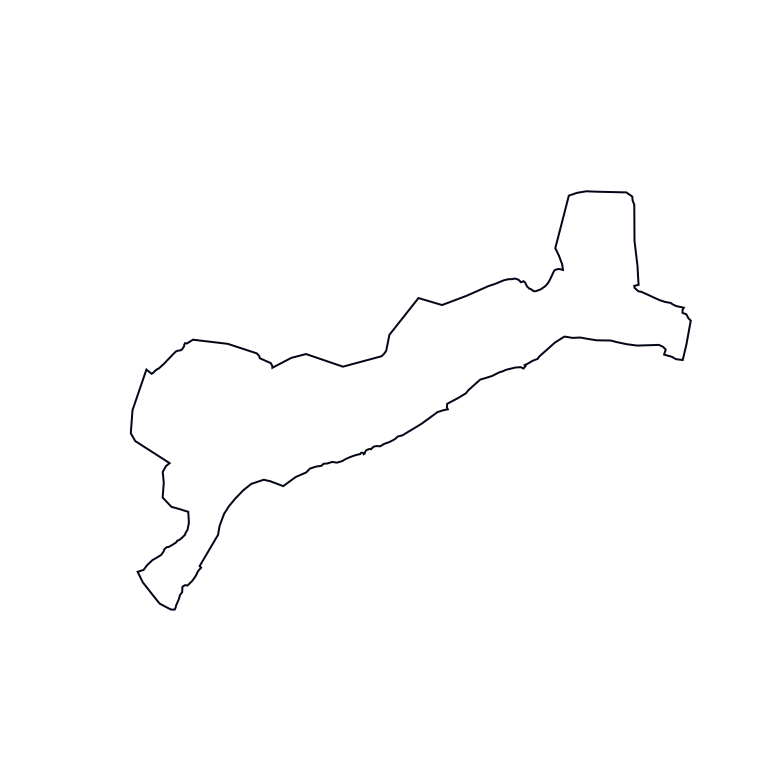 Yauri, Kebbi, Nigeria (Robinson projection), rotated 237°
{"feature_id": "59680162B47779539071975", "entity_name": "Yauri", "entity_type": "district", "adm_level": 2, "iso_a3": "NGA", "parent_name": "Nigeria", "parent_adm1": "Kebbi", "projection": "robinson", "projection_center": [4.721, 10.768], "detail": "fine", "context": "isolated", "style": "outline", "palette": "ink", "viewbox_px": 768, "rotation_deg": 237, "n_neighbors": 0, "source": "geoboundaries", "source_scale": "gbopen_adm2", "svg_char_len": 3319}
<svg xmlns="http://www.w3.org/2000/svg" viewBox="0 0 768 768"><g transform="rotate(237 384 384)"><path d="M329.5,130.6L331.7,130.2L347.9,162.7L354.5,168.8L362.1,179.0L365.9,187.2L368.9,196.8L371.5,208.1L372.5,218.3L369.2,231.0L368.7,231.5L364.2,235.8L353.2,243.9L353.3,245.0L354.1,259.5L352.2,270.6L353.4,275.8L351.7,282.2L349.5,286.9L350.0,289.8L349.1,291.6L348.1,293.5L346.9,298.0L346.3,298.7L343.6,301.8L343.3,303.0L342.1,307.0L341.9,311.3L341.0,316.5L339.7,321.9L338.2,325.8L338.5,326.4L338.7,327.3L338.6,327.7L338.3,328.3L337.8,328.8L337.3,328.9L336.2,328.7L336.2,329.9L336.8,330.5L337.5,331.6L338.1,333.3L337.8,335.0L337.4,336.4L336.4,337.6L336.5,337.7L337.1,341.1L336.2,343.6L335.7,344.3L333.8,347.0L333.8,347.6L333.7,351.4L332.4,356.8L331.9,361.4L331.9,364.1L332.5,366.8L330.9,371.5L330.6,381.7L330.2,393.8L331.3,413.6L329.5,420.1L328.0,423.7L330.1,424.0L333.0,426.2L331.9,438.1L331.6,447.6L332.8,451.3L333.8,457.4L335.3,467.0L333.9,471.8L331.9,478.8L330.9,487.6L330.0,490.3L329.6,493.4L328.9,495.7L326.3,503.0L325.7,504.2L323.6,507.9L321.0,509.4L321.4,510.5L322.0,512.6L323.2,512.3L322.8,515.3L322.5,521.5L321.4,526.6L322.5,529.1L325.7,550.2L325.6,555.4L325.5,560.6L325.4,561.2L324.6,562.2L320.0,567.2L316.1,573.9L310.9,579.4L304.8,586.2L297.0,597.8L292.5,601.9L285.3,609.1L278.3,617.3L272.9,626.2L267.1,635.8L263.2,638.3L259.4,639.0L256.1,634.9L250.1,640.2L245.8,642.4L241.4,647.6L252.7,659.4L270.1,675.8L273.3,675.1L277.8,675.5L281.1,673.1L283.4,674.6L284.7,677.0L290.2,671.5L293.9,669.3L295.7,668.7L300.0,664.2L304.3,660.8L310.0,657.1L315.5,653.7L321.2,650.0L323.2,647.8L328.2,646.5L330.0,647.3L328.5,651.5L341.0,658.6L344.2,660.5L367.7,672.1L398.0,691.5L402.6,692.5L406.0,694.3L412.7,691.6L429.1,667.6L435.4,658.7L439.2,650.0L441.3,641.6L426.3,625.3L404.6,601.6L396.4,600.6L387.3,598.6L382.2,596.2L383.7,594.9L385.5,592.9L386.2,590.8L386.5,588.9L385.4,586.8L384.2,585.0L382.8,582.7L381.3,580.3L379.9,577.7L379.0,575.6L378.2,572.2L378.0,567.0L378.7,564.0L379.1,562.0L380.3,560.1L383.7,558.8L384.9,557.8L388.0,557.1L392.4,557.6L394.2,557.0L394.5,555.3L395.0,554.1L397.3,553.9L399.3,552.8L401.3,551.0L402.2,548.4L403.1,547.1L404.3,545.0L405.7,540.9L406.4,537.6L407.0,533.9L407.8,530.2L409.2,525.1L410.0,520.1L413.0,501.3L418.6,475.7L437.3,459.7L422.3,415.3L410.7,404.0L409.4,400.8L408.6,397.1L420.9,359.0L451.5,335.0L451.6,334.9L456.4,320.5L458.4,299.2L460.1,300.2L463.2,300.4L473.2,293.9L475.6,294.6L479.1,293.9L502.8,274.8L525.2,247.9L525.3,243.5L525.3,240.8L526.6,239.5L525.9,238.1L524.4,236.7L523.0,233.4L523.2,231.2L524.2,229.4L524.6,227.3L524.1,224.5L522.5,217.7L522.0,215.5L520.9,211.1L520.1,206.3L519.7,203.6L519.9,202.0L519.8,199.5L519.1,196.8L519.1,194.7L521.5,193.9L525.5,192.6L499.0,158.8L480.6,144.8L471.6,144.3L434.4,161.1L433.9,156.4L430.7,150.5L421.1,145.5L409.3,136.5L396.8,138.8L390.9,144.0L383.4,150.2L374.0,144.9L368.8,139.9L367.3,136.7L365.9,134.9L364.9,130.0L364.7,127.1L365.2,125.4L364.4,123.7L364.3,120.0L364.6,114.6L365.5,113.0L365.0,109.7L363.7,108.2L362.0,104.0L362.1,99.8L362.4,93.7L361.0,86.4L359.0,81.1L360.7,75.1L349.1,73.7L332.1,75.2L322.1,76.2L316.4,79.3L310.9,82.5L308.8,85.6L310.0,87.5L311.7,89.3L315.1,94.5L318.2,98.1L319.3,101.3L323.7,104.5L323.7,107.5L322.0,109.5L323.4,116.2L325.7,121.9L328.4,126.2L329.5,130.6Z" fill="none" stroke="#020617" stroke-width="2"/></g></svg>